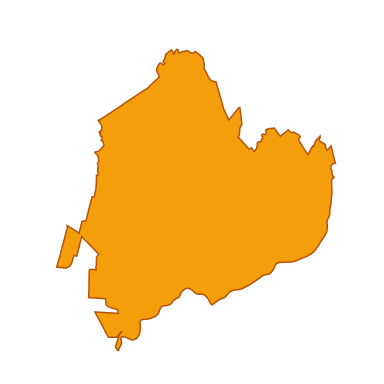 Mosnita Noua, Timis, Romania (orthographic projection), rotated 350°
{"feature_id": "2599482B38948960386804", "entity_name": "Mosnita Noua", "entity_type": "district", "adm_level": 2, "iso_a3": "ROU", "parent_name": "Romania", "parent_adm1": "Timis", "projection": "orthographic", "projection_center": [21.343, 45.72], "detail": "fine", "context": "isolated", "style": "filled", "palette": "amber", "viewbox_px": 384, "rotation_deg": 350, "n_neighbors": 0, "source": "geoboundaries", "source_scale": "gbopen_adm2", "svg_char_len": 5952}
<svg xmlns="http://www.w3.org/2000/svg" viewBox="0 0 384 384"><g transform="rotate(350 192 192)"><path d="M308.8,264.9L314.0,259.2L314.9,258.3L316.4,256.6L317.5,255.1L318.2,253.5L319.4,249.1L319.5,247.8L319.6,245.9L319.8,244.2L320.3,243.3L321.3,241.7L323.4,238.9L323.9,237.5L324.3,234.8L326.1,229.2L327.2,226.8L327.4,225.3L329.9,216.2L330.2,213.4L331.6,204.2L334.5,202.2L333.4,200.4L333.4,200.2L333.2,197.6L333.3,195.2L332.6,192.9L332.7,192.7L334.0,189.8L334.6,188.9L338.3,188.6L338.2,187.3L337.6,185.1L337.7,184.1L337.8,183.6L337.0,170.9L336.6,170.9L336.1,171.2L334.3,173.3L333.0,174.0L332.4,174.2L332.2,174.1L332.1,173.9L332.1,173.1L332.0,172.6L331.2,171.6L330.7,170.4L331.3,169.8L331.5,169.5L331.7,168.8L331.7,168.5L331.1,167.9L330.3,167.5L329.9,166.8L328.9,166.0L328.5,165.4L326.9,164.3L326.5,163.6L326.4,162.8L326.6,162.0L326.8,161.5L327.3,161.0L327.7,160.3L327.8,159.9L327.8,159.2L322.0,163.8L321.2,165.8L320.6,166.7L319.9,167.7L318.9,168.6L318.7,168.5L318.8,167.8L318.7,167.7L312.6,175.3L308.9,166.7L306.1,159.5L306.2,158.9L306.5,158.3L308.2,156.5L308.2,156.3L307.9,155.4L306.7,154.0L302.4,150.5L301.1,151.0L300.8,150.9L300.1,150.6L299.3,149.9L297.5,147.6L296.9,147.9L288.6,152.5L284.2,143.3L280.2,143.2L279.8,142.9L279.4,142.9L275.7,143.5L275.3,143.9L275.3,144.2L275.6,145.8L275.6,146.3L275.4,146.8L275.1,147.5L274.4,148.0L273.9,148.3L273.5,148.2L273.1,147.7L272.3,147.3L271.4,147.4L270.9,147.7L270.6,148.0L270.5,148.8L270.9,149.9L271.0,150.8L270.9,151.2L270.7,151.5L269.9,151.9L269.6,152.2L269.5,152.6L269.5,153.7L269.4,154.0L269.2,154.1L268.6,154.2L266.2,154.3L265.3,154.5L264.9,155.0L264.3,157.4L263.4,160.0L260.8,162.6L260.4,162.8L260.1,162.5L258.3,158.8L255.6,159.6L247.1,146.1L248.9,143.0L250.2,137.4L252.9,133.9L253.8,117.1L252.3,117.2L252.2,117.5L240.8,127.6L237.7,116.0L236.9,108.6L236.8,106.6L234.7,87.6L233.7,87.6L230.6,85.6L230.2,85.3L229.3,84.2L228.8,83.1L227.6,79.8L226.4,75.1L225.7,73.9L225.5,72.9L225.5,71.4L226.1,68.9L226.1,67.8L226.2,63.5L226.1,62.7L225.6,61.4L224.8,60.1L224.0,59.1L223.0,57.8L222.5,57.3L221.4,56.4L220.5,55.0L219.4,54.1L219.0,54.8L218.8,55.0L218.1,55.3L217.6,55.3L215.6,54.9L214.5,54.5L213.7,54.1L213.4,53.7L212.9,52.5L212.6,52.2L211.3,52.0L206.1,52.1L204.5,52.9L204.0,53.0L203.7,52.9L203.2,52.6L203.1,52.4L203.0,51.9L202.9,49.7L202.7,49.2L202.4,49.0L201.6,48.9L200.7,49.8L199.4,50.7L199.3,50.9L199.1,52.1L197.8,53.1L197.6,52.9L197.7,51.9L197.2,49.8L197.0,49.3L196.4,48.7L195.1,48.9L191.3,51.1L189.9,52.1L189.1,54.3L188.7,55.0L188.2,55.3L187.8,56.3L187.6,57.2L186.9,57.5L186.6,58.1L186.3,59.0L186.4,59.5L186.5,59.6L187.3,60.0L187.5,60.3L187.5,60.6L187.3,60.9L186.4,61.6L186.1,61.8L185.5,61.5L184.5,60.4L183.6,59.7L182.8,59.3L179.8,62.6L178.6,64.7L178.3,66.2L178.3,66.4L179.9,73.0L177.8,74.3L167.9,80.8L167.3,81.5L141.2,92.8L135.6,95.4L114.2,104.8L113.7,105.3L113.4,104.6L112.2,105.2L113.9,109.2L114.6,111.4L114.3,112.7L114.0,113.5L114.0,114.1L114.2,114.9L114.1,115.3L113.1,115.6L111.7,116.1L111.2,116.6L111.0,117.3L111.0,117.6L111.3,118.0L112.4,117.8L112.4,118.2L111.7,119.1L111.5,119.6L111.4,120.4L111.7,121.2L112.6,121.7L112.9,122.1L113.0,122.4L113.1,122.8L112.8,123.4L111.8,124.3L111.6,124.7L111.5,124.9L111.6,125.3L111.8,125.6L112.9,126.6L113.2,127.0L113.3,127.8L113.1,128.9L113.4,129.8L113.4,130.4L113.2,130.9L112.1,131.9L109.9,133.8L108.9,134.4L107.5,135.6L106.8,135.7L104.1,135.7L103.6,135.8L103.3,136.1L103.3,136.5L103.4,136.8L104.7,138.3L105.3,139.3L105.5,140.1L105.8,142.2L105.7,143.5L105.4,145.6L105.1,146.2L103.9,147.4L103.8,147.8L103.8,148.4L104.1,149.1L104.1,150.3L103.8,151.4L103.4,152.3L103.1,153.7L102.7,154.8L102.6,155.4L102.7,157.3L102.6,158.7L102.4,159.0L102.1,159.1L100.8,158.9L99.5,166.3L99.3,166.4L98.1,171.4L97.8,172.2L95.0,179.8L92.7,179.3L82.6,202.0L78.6,201.8L77.6,204.1L73.5,213.1L71.9,211.2L64.4,204.4L64.3,204.5L63.1,203.4L63.1,206.6L61.5,208.2L60.4,211.2L57.3,218.0L54.1,224.7L50.6,232.7L50.4,232.8L45.7,242.5L54.7,245.1L58.2,244.1L59.6,243.1L61.1,241.3L64.6,234.0L67.3,235.2L71.3,226.5L72.6,223.4L75.7,216.5L77.6,219.9L80.7,224.2L89.4,237.1L86.6,239.7L85.0,248.0L84.2,249.3L84.2,252.0L78.5,250.5L77.2,251.2L74.5,264.6L74.7,264.9L71.9,278.1L88.4,282.1L87.8,288.4L89.1,289.3L90.3,291.0L98.6,295.1L98.2,298.7L75.6,293.3L84.4,320.5L93.1,322.0L94.7,320.1L96.4,318.5L98.3,317.2L98.7,317.5L96.1,319.3L95.3,320.5L89.7,331.2L91.3,335.2L92.3,335.3L92.6,333.9L95.3,330.5L96.2,329.2L96.5,328.1L96.6,327.4L96.4,324.2L96.7,323.4L97.1,323.0L98.3,322.6L99.2,322.7L100.4,323.0L102.4,324.0L105.3,326.2L106.3,326.8L107.4,327.2L108.8,327.4L110.4,327.1L111.7,326.7L114.5,324.3L115.4,323.2L116.8,319.7L117.6,316.5L118.0,314.0L118.0,311.4L118.4,310.5L119.1,309.7L119.6,309.3L120.1,309.1L121.3,309.1L122.9,309.1L126.3,309.5L129.3,309.3L131.8,308.8L133.8,308.2L136.3,307.0L137.9,305.6L139.4,303.0L141.2,300.3L141.8,299.8L142.4,299.5L143.1,299.2L144.2,299.1L147.2,299.5L148.6,299.4L149.8,299.2L151.4,298.7L152.1,298.4L154.4,296.2L155.6,295.3L157.1,294.6L159.9,293.8L160.8,293.4L161.4,292.9L161.9,292.3L162.7,291.0L163.3,289.8L164.1,288.8L164.9,288.2L165.9,287.5L167.7,286.6L169.0,286.1L169.7,285.9L170.8,286.0L171.9,286.3L172.7,286.8L174.2,287.9L175.3,289.0L176.2,290.1L176.7,291.0L177.7,292.1L178.7,292.9L179.4,293.3L180.4,293.7L181.5,294.0L183.4,294.2L184.7,294.5L186.8,296.0L187.1,296.4L189.2,299.6L189.3,300.2L189.7,301.0L190.1,302.3L190.6,304.4L191.2,305.6L191.8,306.4L192.1,306.5L192.7,306.4L193.0,306.4L194.5,305.5L197.1,304.2L198.4,303.4L202.1,302.2L204.8,301.8L206.2,301.4L207.3,300.6L210.0,298.3L211.8,297.1L213.2,296.5L214.1,296.3L216.1,296.0L217.3,296.0L221.9,296.2L224.7,295.9L227.9,294.8L231.3,293.9L234.0,292.8L243.3,288.6L246.3,287.0L247.6,286.5L250.6,286.2L252.9,286.3L254.6,285.9L255.2,285.6L255.9,285.0L258.0,283.1L259.9,280.7L260.7,279.4L261.4,278.3L263.0,277.0L266.3,276.6L272.6,277.4L275.3,277.9L279.8,278.2L281.9,278.0L283.2,277.7L289.5,276.1L292.5,275.6L295.9,274.7L299.9,273.0L302.4,271.4L304.8,269.1L308.8,264.9Z" fill="#f59e0b" stroke="#b45309" stroke-width="1.5"/></g></svg>